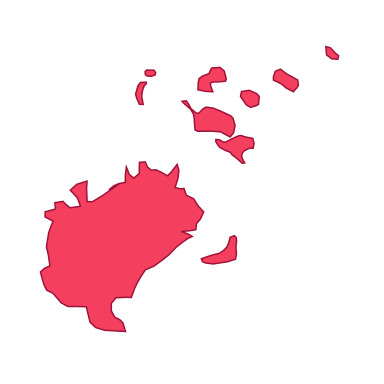 Jindo-gun, South Jeolla, South Korea (Mercator projection), rotated 175°
{"feature_id": "91817680B56099735913612", "entity_name": "Jindo-gun", "entity_type": "district", "adm_level": 2, "iso_a3": "KOR", "parent_name": "South Korea", "parent_adm1": "South Jeolla", "projection": "mercator", "projection_center": [126.119, 34.39], "detail": "fine", "context": "isolated", "style": "filled", "palette": "rose", "viewbox_px": 384, "rotation_deg": 175, "n_neighbors": 0, "source": "geoboundaries", "source_scale": "gbopen_adm2", "svg_char_len": 3082}
<svg xmlns="http://www.w3.org/2000/svg" viewBox="0 0 384 384"><g transform="rotate(175 192 192)"><path d="M331.8,92.8L325.4,88.7L317.8,88.1L307.3,86.9L304.9,71.1L299.7,65.3L290.9,61.8L273.9,59.4L270.4,58.8L272.2,67.6L275.1,71.1L279.8,74.0L282.7,80.5L282.1,88.1L276.9,93.3L266.3,92.8L261.7,92.2L257.6,100.9L254.1,106.8L250.0,112.6L245.3,118.5L236.5,121.4L227.7,126.7L220.7,131.3L212.5,138.4L205.5,143.0L200.3,146.0L195.6,147.7L199.7,150.6L206.1,153.6L197.9,153.6L191.5,154.1L190.3,160.0L186.2,164.1L185.1,165.8L182.1,171.1L187.4,178.1L190.9,185.1L197.9,189.2L199.7,196.2L203.8,196.2L208.5,198.0L205.5,205.0L204.4,208.5L203.2,215.0L204.4,220.8L211.4,213.2L214.9,210.3L220.1,213.8L226.0,217.3L230.7,217.3L234.2,220.8L235.9,226.1L241.8,226.1L243.0,215.0L248.8,210.9L252.9,215.0L255.2,222.6L257.0,214.4L257.6,207.4L264.0,206.8L269.3,205.0L274.5,201.5L263.4,206.8L281.5,196.2L292.1,191.0L297.3,191.6L296.7,205.0L295.6,212.0L306.1,209.7L313.1,204.4L306.7,196.2L304.3,187.5L314.9,186.9L319.5,191.6L321.3,193.9L329.5,193.3L329.5,186.9L340.0,185.1L340.6,179.9L333.0,175.2L338.3,164.1L341.8,150.1L340.6,141.9L340.0,130.8L345.3,129.0L350.0,125.5L347.6,112.6L345.3,106.8L339.4,103.3L331.8,92.8ZM154.8,247.1L149.2,243.5L145.4,247.3L143.3,254.5L144.7,261.9L147.1,264.8L150.4,266.6L155.6,269.6L163.5,273.7L170.2,275.3L171.9,274.9L174.3,273.5L178.5,269.8L180.9,270.3L185.8,275.2L187.6,279.6L189.7,283.3L194.0,283.2L191.9,280.5L189.4,278.0L186.1,274.5L183.8,269.7L183.4,265.1L183.6,257.9L183.5,253.5L181.2,252.0L167.2,250.9L159.1,249.5L160.7,250.0L159.1,250.0L154.8,247.1ZM155.2,230.6L150.4,228.2L148.8,225.5L144.7,221.9L139.4,216.2L137.0,216.4L138.0,218.6L139.4,222.2L138.9,225.8L136.3,228.6L130.8,230.6L127.2,230.3L126.0,234.9L126.7,240.1L129.6,240.9L134.4,242.3L138.2,244.0L139.9,244.0L142.8,243.3L145.4,242.3L149.7,240.6L153.8,238.9L156.4,238.9L160.0,241.6L163.6,242.3L163.9,240.1L161.9,236.1L160.0,233.7L155.2,230.6ZM157.9,143.6L160.0,137.9L162.2,134.0L165.8,130.9L170.1,128.5L175.1,127.8L179.7,126.9L184.7,125.7L188.5,124.7L187.6,121.6L184.7,120.1L177.3,118.5L162.7,119.4L154.5,121.3L153.1,126.4L153.1,131.9L152.6,136.0L151.9,138.8L151.9,142.7L153.6,144.8L157.9,143.6ZM176.6,297.6L177.2,293.3L169.3,291.0L162.5,290.1L163.9,295.0L164.4,298.7L161.9,299.7L155.2,299.4L149.0,299.4L148.0,301.6L149.3,309.7L153.2,313.7L161.7,313.8L164.8,308.5L171.6,306.5L175.1,304.3L176.3,300.2L176.6,297.6ZM98.5,305.0L100.9,299.5L101.1,296.4L97.5,294.3L93.0,291.4L89.4,287.6L82.2,283.0L79.6,285.9L79.1,285.9L76.7,289.0L76.9,294.3L87.5,301.5L93.2,306.7L98.5,305.0ZM133.9,287.8L135.4,283.0L130.3,274.1L126.5,271.3L121.9,272.0L118.1,273.4L116.7,281.3L118.8,284.2L126.0,288.3L133.9,287.8ZM236.4,302.8L239.6,294.7L239.0,290.5L237.9,287.3L236.7,283.9L233.0,283.5L233.8,291.8L232.9,295.8L231.8,299.1L230.4,301.9L228.0,304.0L228.1,305.4L233.9,305.6L236.4,302.8ZM46.0,316.8L41.2,312.5L35.2,311.5L34.0,314.9L36.7,317.5L41.7,323.7L46.0,325.2L46.0,316.8ZM228.1,316.3L228.4,313.5L227.2,311.7L222.6,310.8L218.5,311.8L217.8,314.1L219.2,316.6L226.3,317.5L228.1,316.3Z" fill="#f43f5e" stroke="#9f1239" stroke-width="1.5"/></g></svg>